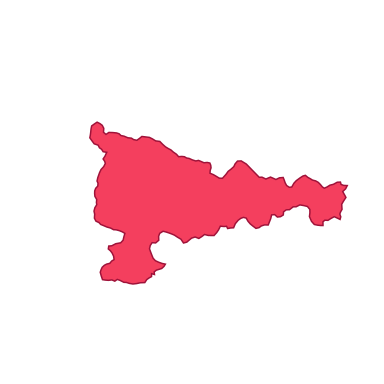 the district of Pedro Leopoldo, Minas Gerais, Brazil, rotated 51°
{"feature_id": "56859067B61889060897837", "entity_name": "Pedro Leopoldo", "entity_type": "district", "adm_level": 2, "iso_a3": "BRA", "parent_name": "Brazil", "parent_adm1": "Minas Gerais", "projection": "orthographic", "projection_center": [-44.041, -19.629], "detail": "fine", "context": "isolated", "style": "filled", "palette": "rose", "viewbox_px": 384, "rotation_deg": 51, "n_neighbors": 0, "source": "geoboundaries", "source_scale": "gbopen_adm2", "svg_char_len": 3430}
<svg xmlns="http://www.w3.org/2000/svg" viewBox="0 0 384 384"><g transform="rotate(51 192 192)"><path d="M260.5,165.2L261.9,162.3L262.0,159.5L263.2,156.4L265.6,153.5L264.1,150.9L262.3,147.7L259.9,144.5L261.6,142.0L265.2,141.4L266.9,138.7L267.3,135.5L265.0,133.3L265.2,129.9L267.1,127.4L267.2,122.7L269.0,120.4L269.9,116.3L273.0,113.6L275.9,111.4L279.7,111.4L282.3,113.4L285.0,116.2L290.0,117.6L294.2,117.4L296.9,115.2L298.9,113.2L300.5,111.3L297.6,109.0L297.5,106.5L299.6,104.2L300.0,100.7L300.7,97.0L303.9,95.4L306.5,94.2L304.9,92.0L302.1,91.0L300.9,88.9L299.9,86.3L298.0,85.0L295.7,83.3L294.3,79.6L293.1,75.8L290.0,75.2L286.5,74.6L286.2,70.6L284.7,67.3L282.3,70.0L279.9,71.4L277.7,70.4L275.8,73.0L275.0,77.3L273.5,80.5L273.1,83.8L272.3,86.8L270.1,87.5L267.1,87.5L264.0,87.8L261.2,88.9L258.5,90.9L256.1,91.7L253.5,92.8L250.4,93.4L249.4,95.7L249.0,99.3L248.8,103.8L249.3,107.2L250.9,111.3L249.6,113.4L246.5,114.4L243.4,113.8L241.0,112.9L238.1,112.0L236.0,115.1L235.1,118.9L232.7,120.1L229.8,121.6L228.4,126.4L224.5,128.3L222.9,130.5L211.1,131.6L204.4,132.2L202.2,133.0L198.8,134.2L196.6,137.2L197.3,140.9L198.6,143.5L198.8,147.3L198.7,150.9L199.7,154.6L200.5,159.7L198.4,162.1L195.0,163.3L192.1,164.4L188.7,166.2L186.7,164.3L185.2,162.0L183.0,160.6L180.7,159.9L178.6,161.6L176.8,164.3L173.7,165.9L171.5,167.1L170.3,169.5L167.3,171.5L164.1,173.1L162.2,174.8L159.8,175.7L157.9,177.6L156.1,180.2L152.9,180.3L149.2,181.4L146.0,181.9L143.3,183.1L140.2,184.2L136.5,184.8L132.4,185.2L129.4,188.1L125.9,189.3L122.8,190.7L120.0,193.4L117.3,196.0L117.3,199.1L117.1,202.3L114.5,204.4L112.0,205.2L109.5,207.7L105.8,209.7L103.4,211.7L100.9,212.0L98.7,213.4L96.0,216.1L93.4,219.1L93.1,222.6L89.9,223.2L87.0,220.5L83.7,219.8L80.9,220.5L78.0,221.8L77.7,224.8L77.5,228.4L79.5,230.8L81.8,233.1L83.8,235.2L85.6,237.3L88.6,237.5L93.0,237.7L96.5,235.5L99.4,236.1L101.9,235.4L104.8,235.7L107.5,233.3L109.4,237.1L110.4,240.3L113.0,240.5L115.2,241.3L116.7,244.6L117.3,248.6L118.8,251.7L121.5,256.1L123.7,258.9L126.0,259.5L128.1,261.5L128.5,264.5L129.9,266.9L132.0,268.7L134.3,270.2L137.9,270.8L139.9,272.8L141.9,274.0L143.1,277.4L145.2,280.2L148.0,281.6L150.9,284.3L154.2,285.0L157.3,283.5L159.7,283.4L162.2,282.0L165.8,280.1L168.7,278.0L171.9,276.7L173.7,274.7L176.3,272.8L179.0,271.3L181.9,270.2L184.0,273.2L186.1,275.9L186.6,279.4L184.2,283.8L183.3,288.2L181.6,290.7L183.6,292.9L186.4,292.4L189.1,292.5L192.5,293.3L195.5,295.1L195.1,297.9L195.7,300.8L194.3,303.7L193.8,306.2L194.0,309.2L195.2,311.6L196.6,313.8L200.0,315.3L203.8,316.7L205.8,314.9L208.1,312.5L209.9,309.6L212.7,308.1L212.9,305.1L215.3,303.6L219.3,301.8L221.0,299.9L223.6,298.2L226.3,295.8L228.3,292.7L230.0,289.3L232.7,285.7L231.6,282.3L231.8,279.2L232.3,276.7L230.0,274.8L232.5,273.1L230.3,271.7L230.3,268.9L231.4,266.2L232.4,263.7L232.2,260.6L231.3,258.1L228.7,260.2L225.6,262.1L222.3,263.7L219.0,263.9L216.3,263.1L212.9,262.0L209.4,260.8L207.3,258.1L206.3,254.9L208.7,252.3L208.6,248.2L205.4,245.8L203.8,243.1L204.3,239.2L206.8,237.3L209.6,235.5L212.0,234.1L214.5,232.8L218.0,231.7L221.7,230.3L226.3,230.7L227.7,227.6L227.6,224.1L227.6,221.4L228.9,217.9L232.4,215.9L232.8,212.5L232.9,209.0L236.0,206.7L239.7,202.3L239.1,198.4L238.1,195.1L236.4,191.5L239.0,188.8L240.4,186.7L242.8,187.3L244.2,184.7L246.0,182.2L243.9,178.3L243.0,173.8L243.2,170.6L244.1,168.0L246.4,166.3L250.0,166.9L253.5,166.8L256.9,166.1L260.5,165.2Z" fill="#f43f5e" stroke="#9f1239" stroke-width="1.5"/></g></svg>